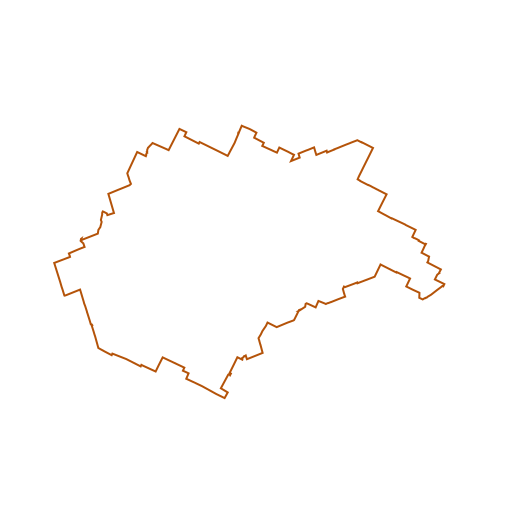 Winton, Queensland, Australia, rotated 21°
{"feature_id": "25037944B95324883935739", "entity_name": "Winton", "entity_type": "district", "adm_level": 2, "iso_a3": "AUS", "parent_name": "Australia", "parent_adm1": "Queensland", "projection": "natural_earth1", "projection_center": [142.695, -22.507], "detail": "fine", "context": "isolated", "style": "outline", "palette": "amber", "viewbox_px": 512, "rotation_deg": 21, "n_neighbors": 0, "source": "geoboundaries", "source_scale": "gbopen_adm2", "svg_char_len": 4770}
<svg xmlns="http://www.w3.org/2000/svg" viewBox="0 0 512 512"><g transform="rotate(21 256 256)"><path d="M441.7,217.2L441.9,214.7L431.4,213.8L431.9,208.5L433.0,206.7L432.9,206.7L433.4,202.3L418.3,200.6L418.5,198.8L418.2,197.2L417.8,194.5L415.6,194.3L409.6,193.6L409.4,193.6L409.4,193.3L409.7,189.4L410.0,184.4L410.2,184.5L410.3,183.8L410.1,183.8L409.8,184.4L402.5,183.6L402.5,183.0L400.5,182.7L398.1,182.5L397.0,182.6L395.1,182.2L395.7,174.6L395.7,174.4L391.4,174.0L384.6,173.4L384.1,173.2L380.6,172.9L379.1,172.8L369.2,172.1L369.1,172.4L361.8,171.4L361.5,171.4L356.2,170.7L355.9,170.6L355.5,170.6L353.9,170.4L355.0,159.3L355.8,151.6L351.8,151.2L348.3,150.8L347.7,150.8L346.7,150.6L344.3,150.4L344.1,150.4L343.9,150.3L343.7,150.3L341.0,150.0L340.5,150.0L338.6,149.7L336.7,149.5L336.4,149.5L336.2,149.5L335.6,149.4L335.4,149.6L327.9,148.8L326.3,148.6L326.2,148.4L323.4,148.0L323.4,147.7L323.5,145.2L323.6,143.9L324.2,137.8L324.2,137.6L324.4,135.4L325.1,128.1L325.5,124.1L326.5,113.2L314.0,111.9L314.0,112.1L312.9,112.0L309.1,111.6L307.7,112.9L306.0,114.4L303.9,116.3L303.1,117.1L300.2,119.7L298.6,121.2L295.6,124.0L293.7,125.8L290.8,128.4L290.9,128.6L290.2,129.2L286.8,132.4L285.3,133.9L284.2,132.4L284.0,132.6L276.1,140.0L274.5,138.0L273.5,136.7L271.3,133.8L266.3,138.5L265.2,139.4L259.0,145.2L261.5,148.5L254.7,154.8L255.2,147.9L252.6,147.7L248.5,147.2L245.9,147.0L238.9,146.4L238.5,152.0L236.9,151.9L234.7,151.8L232.3,151.6L230.6,151.5L228.7,151.4L227.1,151.3L222.4,151.0L222.6,149.1L222.6,148.6L222.7,147.5L216.1,146.7L212.0,146.2L211.9,146.2L211.9,145.4L211.9,144.9L212.2,141.2L212.2,140.7L205.3,139.8L205.1,139.8L203.7,139.7L197.5,139.6L196.0,139.5L195.9,142.2L195.8,145.0L195.8,146.5L195.8,147.2L195.3,147.2L195.3,147.7L195.8,147.9L195.6,153.1L195.5,158.1L194.6,165.3L194.2,168.4L194.1,169.6L193.7,172.7L191.9,172.5L182.6,171.6L162.5,169.8L162.3,171.6L149.2,170.2L146.3,169.9L146.6,165.4L144.1,165.2L139.0,164.8L136.5,188.5L133.7,188.3L118.9,187.6L118.5,188.8L117.0,192.2L116.8,192.9L116.4,193.5L116.4,194.7L116.4,196.0L117.1,197.7L116.8,198.0L117.3,198.6L117.1,198.7L117.1,199.9L117.0,200.3L117.2,200.9L117.2,201.1L117.4,201.3L117.4,202.3L107.8,201.5L106.2,224.9L107.9,227.1L108.5,227.7L110.8,230.7L113.4,233.5L112.6,235.2L105.9,241.5L103.4,243.8L103.2,244.0L95.9,250.9L101.0,257.6L108.0,266.8L107.2,267.4L102.6,271.1L101.5,269.7L101.4,269.7L97.9,269.3L97.0,269.3L96.9,270.5L97.2,271.6L97.5,272.2L98.3,278.0L99.7,279.5L100.3,285.1L100.1,285.5L99.5,288.1L100.3,291.8L87.9,303.1L86.7,302.8L86.7,302.5L86.5,302.8L86.5,303.0L86.9,303.3L86.9,303.8L87.1,304.0L86.8,304.2L86.8,304.7L86.9,304.8L90.3,306.1L92.7,309.0L92.0,309.6L88.4,312.9L88.3,313.0L85.9,315.3L80.4,320.7L82.0,322.5L82.7,323.5L70.1,334.8L70.9,335.8L82.5,350.4L85.6,354.5L86.7,355.8L88.1,357.5L88.3,357.8L91.3,361.6L91.6,361.6L92.9,360.5L103.8,350.4L111.6,360.5L112.5,361.8L114.5,364.0L118.1,368.5L118.5,369.2L119.0,369.7L124.4,376.5L126.2,378.9L127.0,378.7L127.8,379.2L127.4,379.6L131.7,385.0L132.9,386.6L134.2,388.2L134.4,388.4L141.8,398.4L149.1,399.4L156.8,400.3L156.9,398.6L171.8,398.7L187.9,400.4L188.0,398.7L189.7,398.9L203.7,399.8L204.3,392.9L205.2,384.1L229.1,385.9L228.9,389.3L232.5,389.5L235.1,389.7L234.9,395.6L242.2,396.1L242.5,396.1L252.7,396.9L253.3,397.0L268.5,399.1L277.6,399.9L278.5,393.5L270.6,392.1L272.6,376.7L273.5,376.0L274.5,376.6L274.7,374.8L273.3,374.7L274.2,365.3L274.9,357.2L280.4,357.7L280.4,357.4L280.3,357.2L280.1,357.0L279.9,356.8L279.8,356.5L279.7,356.1L279.9,356.0L280.1,355.7L280.3,355.3L280.4,355.0L280.6,354.8L280.7,354.5L280.7,354.0L280.8,353.7L281.0,353.6L281.4,353.3L281.5,353.3L281.6,353.1L282.0,352.8L282.1,352.6L284.5,355.6L296.9,344.1L292.0,337.3L291.9,337.3L289.3,333.8L289.3,333.7L288.7,333.0L287.8,331.8L288.6,327.5L288.9,323.7L290.3,317.8L290.6,314.0L299.8,314.9L300.8,315.0L309.4,306.8L310.8,305.6L314.1,302.7L314.5,302.1L315.1,296.1L315.2,295.0L315.4,292.5L315.2,292.5L315.5,292.2L315.5,291.1L316.5,290.2L316.7,290.5L319.9,286.1L320.1,285.8L319.5,282.9L320.2,282.0L320.3,282.0L322.8,282.1L330.1,282.6L330.4,275.6L331.4,275.6L332.2,275.6L337.5,275.7L338.4,275.8L339.7,274.4L340.3,274.1L342.4,272.2L342.5,272.2L348.0,267.1L351.7,263.8L353.8,262.0L352.3,260.2L352.0,259.7L351.6,259.3L351.5,259.2L349.5,256.4L348.9,255.7L349.0,254.3L349.1,253.0L350.2,253.2L357.3,246.9L360.0,244.4L360.5,245.1L362.7,243.1L373.2,233.7L374.2,232.8L375.3,219.5L375.3,219.3L380.9,219.9L391.6,221.0L393.1,221.1L393.1,220.6L400.6,221.2L405.0,221.5L407.9,221.8L407.2,230.6L414.6,231.3L419.3,231.6L421.3,231.7L421.8,231.8L423.4,236.5L427.2,236.8L428.1,235.6L429.2,234.4L429.4,234.5L429.8,234.0L430.4,233.5L430.5,233.2L430.8,232.6L433.1,229.7L433.3,229.4L433.8,228.6L435.0,226.6L437.3,222.8L440.1,218.4L440.8,217.1L441.7,217.2Z" fill="none" stroke="#b45309" stroke-width="2"/></g></svg>